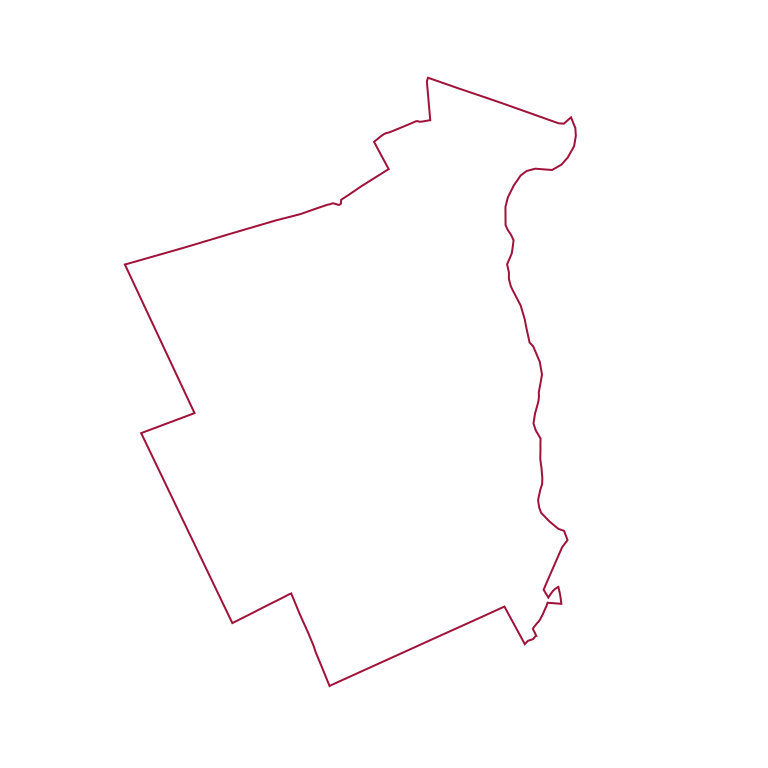 Felnac, Arad, Romania, rotated 76°
{"feature_id": "2599482B41938678080549", "entity_name": "Felnac", "entity_type": "district", "adm_level": 2, "iso_a3": "ROU", "parent_name": "Romania", "parent_adm1": "Arad", "projection": "natural_earth1", "projection_center": [21.145, 46.113], "detail": "fine", "context": "isolated", "style": "outline", "palette": "rose", "viewbox_px": 768, "rotation_deg": 76, "n_neighbors": 0, "source": "geoboundaries", "source_scale": "gbopen_adm2", "svg_char_len": 2324}
<svg xmlns="http://www.w3.org/2000/svg" viewBox="0 0 768 768"><g transform="rotate(76 384 384)"><path d="M663.9,509.9L663.6,509.0L661.7,498.9L641.3,387.6L635.3,354.5L629.1,321.0L670.5,310.3L668.9,307.9L668.0,306.4L667.6,301.1L666.4,299.5L665.2,297.9L665.2,297.2L664.5,297.5L663.7,297.5L661.9,297.8L660.1,298.3L657.6,298.8L656.0,297.2L655.4,296.4L654.8,295.5L653.7,294.1L652.6,292.7L652.4,292.1L651.9,291.4L650.3,289.5L648.2,287.8L647.5,287.1L645.6,285.4L643.3,283.7L641.0,281.9L639.6,280.8L638.1,279.7L635.8,278.2L640.2,265.1L639.6,265.0L637.9,264.8L636.8,264.7L634.7,264.4L633.6,264.3L632.6,264.2L631.7,264.2L628.8,264.0L625.8,264.0L625.5,264.0L623.0,263.9L623.0,264.0L624.1,267.3L625.6,270.1L628.2,273.2L631.0,276.2L629.6,276.6L622.2,278.9L603.8,264.8L585.5,250.7L579.9,243.7L572.7,244.5L570.1,244.8L569.7,245.3L568.4,247.3L566.8,249.8L557.6,256.6L547.0,262.7L541.4,263.3L533.9,262.6L524.2,257.8L519.6,254.9L514.0,253.2L504.2,251.6L494.4,250.5L490.5,249.4L486.5,248.3L479.2,246.5L477.0,245.9L474.8,245.3L465.7,248.0L458.4,248.5L449.0,244.5L440.8,239.8L437.3,238.0L433.4,236.6L429.7,235.9L418.3,230.7L413.0,228.4L400.1,227.5L393.1,228.6L383.6,230.1L379.0,232.7L364.4,232.3L354.9,231.8L340.9,232.4L322.6,236.8L319.6,237.3L312.2,237.4L306.0,235.8L297.6,235.6L288.3,228.5L280.9,225.4L275.8,223.5L269.8,224.7L264.3,226.7L259.2,227.6L241.5,223.3L232.9,218.7L222.6,209.9L214.7,200.9L211.8,194.0L211.7,185.1L215.0,175.2L217.0,169.1L214.1,158.8L208.6,150.8L199.2,142.0L189.5,137.8L181.8,136.4L178.1,137.0L170.5,138.0L172.2,141.3L174.9,146.5L173.3,151.5L139.6,202.3L135.1,209.2L115.2,240.2L97.5,267.2L100.7,269.2L139.2,275.3L138.8,280.6L138.6,283.4L138.3,285.6L137.6,287.1L137.0,287.9L136.8,289.5L137.8,295.3L141.2,318.3L141.0,321.0L141.7,324.0L142.9,327.1L146.6,335.1L176.6,327.5L186.5,357.8L192.7,374.6L194.8,380.9L196.1,381.4L198.4,382.1L198.9,382.6L199.3,384.0L199.1,385.1L197.7,387.2L196.4,389.6L196.3,390.9L196.5,392.2L196.4,395.8L197.5,408.8L198.9,423.8L199.1,449.2L201.1,497.7L203.1,539.7L203.3,544.0L205.4,606.5L366.4,574.9L372.9,631.6L374.4,631.2L579.3,589.0L575.4,571.6L572.4,558.7L569.7,547.0L567.2,535.5L565.0,526.6L565.0,525.4L564.8,524.7L572.1,523.6L586.9,521.4L595.5,519.9L599.7,519.1L606.8,517.8L620.7,515.7L627.4,515.2L633.4,514.3L647.5,512.2L663.9,509.9Z" fill="none" stroke="#9f1239" stroke-width="2"/></g></svg>